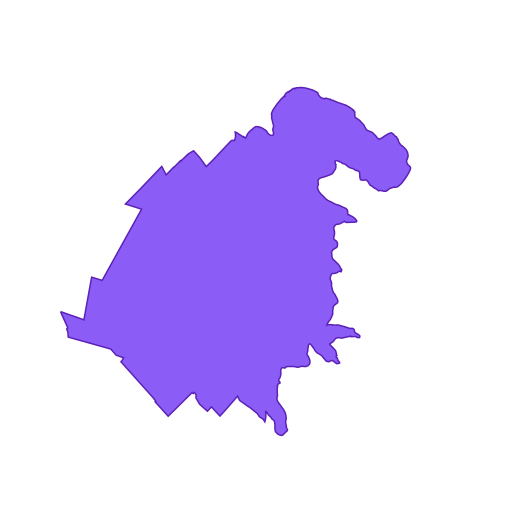 Techirghiol, Constanta, Romania (Natural Earth projection), rotated 309°
{"feature_id": "2599482B24507492005350", "entity_name": "Techirghiol", "entity_type": "district", "adm_level": 2, "iso_a3": "ROU", "parent_name": "Romania", "parent_adm1": "Constanta", "projection": "natural_earth1", "projection_center": [28.603, 44.038], "detail": "fine", "context": "isolated", "style": "filled", "palette": "violet", "viewbox_px": 512, "rotation_deg": 309, "n_neighbors": 0, "source": "geoboundaries", "source_scale": "gbopen_adm2", "svg_char_len": 6142}
<svg xmlns="http://www.w3.org/2000/svg" viewBox="0 0 512 512"><g transform="rotate(309 256 256)"><path d="M298.5,141.7L298.4,141.2L292.7,139.1L282.3,137.8L282.5,137.3L273.0,136.4L273.1,136.1L262.5,135.1L266.3,126.4L236.1,123.9L214.2,121.8L220.4,137.6L140.3,151.8L136.1,141.6L98.1,162.4L90.0,139.7L89.3,139.9L81.7,155.0L80.2,154.8L78.2,158.0L74.8,161.1L92.3,201.7L90.9,209.7L93.6,217.2L90.5,217.6L88.8,217.6L81.2,264.7L80.1,269.6L79.2,269.4L79.0,270.6L76.2,288.6L109.1,292.2L109.7,293.8L110.9,293.5L111.1,294.7L110.3,296.9L107.9,298.7L105.3,305.6L104.8,315.9L110.7,316.4L108.9,328.7L114.6,329.1L135.5,329.9L133.8,333.3L133.5,334.5L134.1,344.9L134.4,345.9L134.4,356.3L133.2,359.9L133.7,364.2L132.7,367.2L134.7,366.3L136.8,365.1L140.0,362.6L141.1,361.4L141.6,361.6L140.2,366.0L140.1,369.0L139.3,371.1L139.5,372.8L139.2,374.3L136.8,376.9L133.9,379.2L132.1,381.1L131.6,382.4L131.3,384.7L131.6,386.5L132.6,388.8L134.0,389.6L138.0,389.9L139.1,390.2L139.9,390.2L140.8,389.8L141.1,389.5L141.2,388.7L142.0,387.2L142.2,387.3L142.8,386.8L145.2,383.8L148.8,381.7L151.3,379.1L152.9,376.7L154.0,373.9L156.6,364.4L158.1,362.0L161.0,360.6L163.3,358.4L167.3,355.1L167.9,355.2L168.4,354.4L168.7,354.3L168.9,354.0L170.9,353.9L172.3,354.6L173.0,354.1L173.2,352.7L173.4,352.2L174.1,351.7L175.1,351.3L177.0,351.1L180.5,349.3L181.3,348.3L183.0,347.0L184.7,346.4L185.4,346.6L186.3,347.2L186.8,348.6L187.3,349.1L188.6,349.2L189.3,349.5L190.5,350.7L194.1,355.2L195.5,358.0L196.7,359.3L198.6,360.4L201.4,364.3L203.4,365.5L205.9,365.6L207.1,365.0L208.5,363.8L209.3,362.8L210.6,360.4L211.7,357.5L212.4,356.9L214.5,356.1L215.1,355.8L215.7,355.1L218.1,353.9L218.9,353.2L220.4,352.6L221.3,352.9L221.7,353.4L221.8,354.1L221.6,355.2L220.8,357.7L221.0,358.1L219.6,361.4L219.3,363.5L219.2,364.4L219.8,368.4L219.9,370.2L219.3,372.0L219.1,373.8L218.5,376.2L218.6,377.2L219.7,379.2L221.4,379.9L222.4,380.7L223.1,382.3L222.9,383.7L223.1,386.5L224.3,387.7L225.5,388.3L226.0,387.9L226.5,385.4L228.1,382.9L227.9,382.6L228.1,381.6L228.9,381.3L229.7,381.4L230.7,379.7L231.4,379.1L232.3,377.8L232.8,376.1L233.7,369.1L233.9,368.7L238.5,369.9L241.2,369.7L242.0,369.8L243.2,370.4L244.2,371.2L245.3,372.8L246.3,374.5L251.0,378.1L252.5,379.6L253.2,379.7L253.1,380.7L255.7,383.5L256.1,384.2L256.4,386.2L257.8,387.8L259.2,387.1L259.4,386.0L259.3,384.4L259.0,382.3L258.7,381.2L259.7,379.8L260.1,379.0L260.7,378.4L260.6,376.8L260.3,376.2L258.8,374.6L257.0,369.8L254.1,363.2L251.5,360.3L250.5,358.3L249.2,356.7L248.0,355.2L246.9,354.6L248.7,353.9L254.4,353.6L259.1,352.2L261.5,350.2L265.6,347.8L267.6,348.0L271.0,348.8L272.0,348.4L273.1,347.2L273.7,346.2L275.8,341.5L276.2,339.5L277.1,337.7L280.4,333.3L282.0,332.3L283.2,331.0L284.8,328.1L286.3,327.1L289.1,326.1L289.8,326.1L290.6,326.6L292.5,328.5L293.6,329.2L297.2,330.7L297.3,331.0L297.1,331.6L297.5,332.1L298.1,331.8L297.9,331.6L299.3,331.3L299.5,331.1L299.4,330.2L300.8,327.2L301.4,324.8L302.0,317.6L302.3,316.9L303.6,315.0L304.6,314.3L306.3,312.5L307.0,312.1L309.1,311.9L310.1,312.1L313.1,313.2L314.1,313.3L315.5,312.6L316.9,311.6L317.4,311.0L317.9,310.0L318.2,308.9L318.0,306.3L318.7,305.1L322.4,303.3L324.1,301.9L326.5,299.0L327.2,298.5L328.1,298.2L330.8,298.3L333.4,300.7L335.1,301.5L338.7,302.9L338.5,303.7L338.6,304.5L339.5,305.8L344.8,311.8L345.8,312.5L346.5,312.4L346.8,312.0L347.1,311.2L347.1,310.1L347.4,309.6L347.4,308.0L347.2,305.5L346.7,303.7L346.7,302.6L345.9,301.6L346.0,301.2L348.1,299.4L349.1,298.2L349.4,297.3L349.5,296.3L349.4,295.4L348.4,291.8L347.9,289.2L346.2,285.2L345.2,279.9L344.4,277.2L344.3,273.8L344.8,270.8L345.0,267.3L345.7,264.5L346.2,263.2L347.6,261.0L349.0,260.0L350.8,259.5L352.5,257.7L353.9,256.6L355.3,256.5L357.1,256.9L361.9,260.2L366.0,262.6L367.9,263.5L370.3,263.4L373.8,262.9L375.5,262.1L376.8,260.8L377.2,260.8L377.5,260.5L377.4,260.2L378.0,259.2L379.0,258.1L379.8,257.8L380.4,258.1L381.0,258.8L381.7,260.7L381.8,261.6L382.2,262.3L382.4,263.3L382.3,264.9L383.4,267.3L383.4,271.4L383.7,273.4L385.2,277.2L385.2,279.4L385.6,280.3L386.1,281.0L386.5,282.5L385.9,284.2L382.9,286.8L381.1,289.0L381.1,289.4L381.8,290.9L382.7,292.0L384.3,293.4L384.5,294.2L384.2,296.4L382.9,299.8L383.3,303.2L383.3,305.7L383.6,306.4L383.8,307.9L383.8,310.3L384.9,311.0L385.3,311.6L387.0,314.9L388.2,316.3L389.3,316.7L392.8,317.5L396.1,319.7L397.0,320.9L398.6,322.3L399.7,322.7L403.9,323.4L405.3,323.4L411.7,323.1L416.7,322.4L419.9,321.6L421.3,321.0L421.9,320.5L422.6,318.6L422.4,317.2L423.0,315.4L423.6,314.3L424.4,313.4L425.8,312.6L426.5,312.6L429.3,311.4L431.4,309.2L432.6,307.0L433.2,305.2L433.6,301.2L433.6,300.3L433.3,299.7L433.8,297.3L434.4,295.3L436.0,293.0L436.2,292.5L436.1,292.0L436.9,290.4L437.0,289.9L436.7,288.7L437.2,285.3L436.9,283.6L434.8,282.2L430.7,280.6L426.0,279.2L425.4,278.6L424.1,278.2L424.2,277.1L424.0,276.0L424.7,273.7L425.2,268.8L425.1,267.9L423.7,263.6L423.8,261.8L425.7,257.3L426.2,254.1L426.2,253.3L426.6,251.4L426.2,245.6L427.0,244.6L427.6,244.3L429.1,242.7L430.0,242.3L430.6,240.5L430.6,240.1L430.3,239.9L430.3,239.5L430.7,239.3L430.5,235.2L429.8,231.0L426.7,222.7L425.4,218.0L424.4,215.7L424.6,215.7L424.7,215.3L424.2,215.2L423.5,212.9L422.3,210.6L421.3,210.3L420.0,207.3L420.0,205.7L420.6,202.8L421.5,201.8L421.6,201.1L421.6,199.9L420.6,195.4L418.0,189.3L415.9,185.8L415.0,184.7L412.1,181.5L410.9,180.8L410.6,181.0L410.4,180.9L410.7,180.5L409.7,179.6L407.5,178.8L406.7,179.0L405.9,178.4L404.9,178.1L404.7,178.5L403.5,177.9L403.6,177.5L402.5,177.1L401.5,176.9L398.9,177.1L398.5,177.2L398.2,178.1L397.9,178.0L397.9,177.5L397.6,177.3L394.9,176.8L387.4,176.7L380.1,177.3L377.2,178.1L375.9,178.8L374.7,180.2L373.0,181.4L368.3,187.6L367.6,188.2L364.9,189.3L362.6,192.2L361.8,192.8L360.6,193.2L359.5,192.3L359.1,191.4L358.9,190.6L358.7,189.6L359.0,187.3L359.4,186.5L359.6,185.9L359.5,185.6L359.8,184.9L359.7,183.4L359.3,180.3L358.8,178.6L358.6,178.1L358.2,178.0L358.1,177.7L358.4,177.5L357.3,175.4L356.3,174.4L355.0,173.8L348.3,172.6L345.7,172.6L341.1,173.7L340.9,171.2L340.5,171.3L339.7,163.1L339.2,161.8L337.4,163.7L335.8,165.0L334.1,165.9L332.0,166.6L331.5,165.5L330.8,164.6L329.7,164.1L304.3,162.2L294.2,161.1L297.0,150.6L298.5,141.7Z" fill="#8b5cf6" stroke="#5b21b6" stroke-width="1.5"/></g></svg>